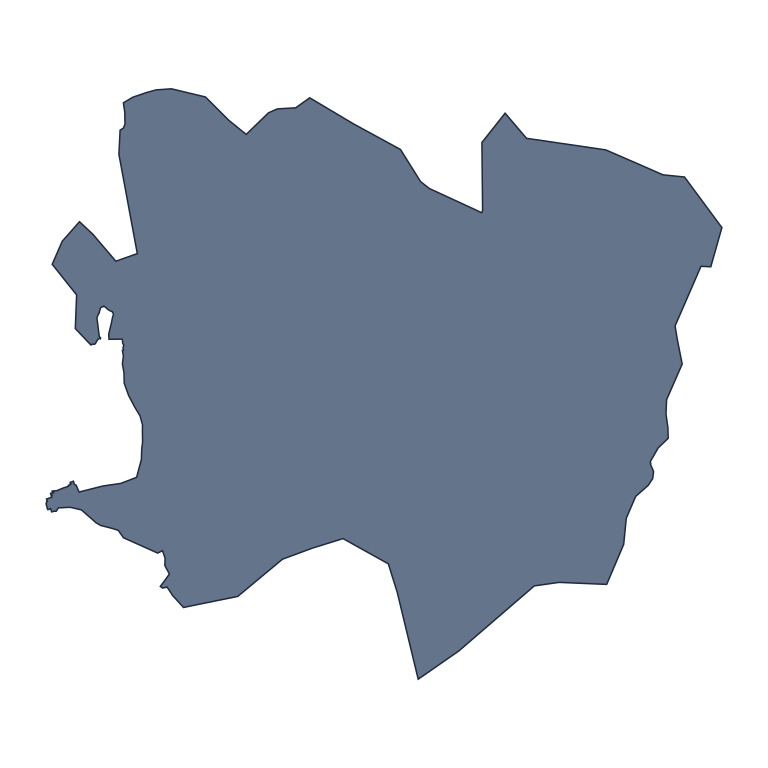 Mafa, Borno, Nigeria (orthographic projection)
{"feature_id": "59680162B20020413332718", "entity_name": "Mafa", "entity_type": "district", "adm_level": 2, "iso_a3": "NGA", "parent_name": "Nigeria", "parent_adm1": "Borno", "projection": "orthographic", "projection_center": [13.35, 11.959], "detail": "fine", "context": "isolated", "style": "filled", "palette": "slate", "viewbox_px": 768, "rotation_deg": 0, "n_neighbors": 0, "source": "geoboundaries", "source_scale": "gbopen_adm2", "svg_char_len": 2732}
<svg xmlns="http://www.w3.org/2000/svg" viewBox="0 0 768 768"><path d="M721.9,227.6L684.5,177.0L662.9,174.8L642.1,165.7L605.8,149.9L526.5,138.3L505.1,113.2L481.9,142.5L482.6,210.6L481.7,212.7L429.3,188.5L420.6,181.6L400.5,149.5L353.2,123.7L309.7,97.8L295.7,107.8L277.3,108.9L268.5,112.8L246.2,134.4L228.9,120.4L205.5,97.0L171.5,88.8L156.0,89.9L146.3,92.6L132.8,97.2L123.4,102.8L124.8,112.4L124.9,120.2L125.0,124.1L123.3,128.2L120.1,130.1L118.9,154.3L137.3,253.6L115.8,261.2L93.0,234.4L79.5,221.7L62.2,241.3L52.2,264.3L76.6,294.9L75.3,328.6L90.9,345.0L92.7,344.1L94.2,344.3L95.4,343.7L96.2,342.1L97.1,340.6L98.0,339.3L99.2,338.5L100.3,338.9L100.6,337.9L99.3,336.5L96.9,317.8L98.4,314.2L99.2,313.1L99.7,310.6L100.8,307.5L101.8,307.1L102.2,307.0L102.5,306.8L102.9,306.6L103.5,306.6L103.9,306.1L106.0,307.7L107.9,309.5L109.9,310.7L112.5,311.9L113.5,314.4L112.5,317.4L111.4,323.0L108.7,334.2L109.0,339.3L122.0,339.1L122.7,341.6L122.6,343.0L123.4,344.5L123.9,345.3L123.3,346.5L123.0,348.0L123.6,350.0L122.4,350.4L123.4,356.0L122.4,363.9L124.0,372.9L124.2,383.2L128.7,395.7L134.7,407.0L135.5,408.4L140.0,415.8L140.6,417.9L142.5,424.9L142.4,431.6L142.6,441.9L141.7,449.0L141.4,459.4L136.6,477.3L120.8,483.4L102.9,486.0L79.1,492.0L76.1,485.1L74.4,484.4L73.8,482.5L73.4,481.2L72.1,481.7L70.4,482.3L70.2,482.4L70.9,483.9L70.0,484.1L70.2,484.6L68.4,485.3L68.4,486.3L66.4,487.0L63.2,488.0L61.6,488.7L60.7,489.0L59.2,489.7L58.4,489.9L57.8,490.3L57.2,490.5L56.7,490.7L55.8,490.8L55.5,490.8L54.4,490.8L53.8,490.9L52.1,491.1L52.2,491.6L52.4,492.1L53.3,491.9L53.6,492.6L51.4,493.2L50.6,493.3L50.7,494.1L51.2,494.0L51.3,494.0L51.7,494.7L52.0,495.3L51.7,495.4L51.2,495.7L51.5,496.4L51.8,497.1L51.1,497.3L50.4,497.7L49.5,498.0L47.4,498.7L46.5,499.0L46.8,499.9L47.0,500.3L47.2,500.7L47.3,501.0L46.7,501.2L46.9,501.6L46.8,502.4L46.5,502.7L46.1,503.3L46.3,504.5L46.4,505.5L47.0,506.4L47.0,507.1L47.0,507.7L47.1,507.9L47.2,508.5L48.0,509.7L49.4,509.1L50.5,508.7L51.1,510.2L51.7,511.9L53.9,511.3L56.3,511.2L58.4,507.9L70.2,507.3L81.4,509.9L87.4,515.2L96.0,522.7L100.7,525.5L109.4,527.7L114.5,529.1L118.3,530.4L123.5,537.8L157.7,553.1L162.5,550.7L164.5,556.5L165.1,558.5L164.8,565.5L169.4,574.0L164.6,580.7L160.3,586.4L162.5,588.1L167.1,587.1L172.6,595.5L183.5,607.5L197.4,604.6L237.8,596.4L263.6,574.9L282.5,559.2L312.5,548.1L343.0,538.6L385.4,562.2L388.3,563.8L397.2,592.2L418.2,679.2L458.9,650.9L534.3,585.9L559.1,582.4L606.7,584.4L623.7,544.4L626.3,518.2L635.7,496.4L648.2,485.4L652.7,478.6L653.6,471.6L650.5,464.3L650.8,463.4L650.3,462.4L650.8,460.7L652.2,458.3L658.2,447.9L668.2,438.3L667.9,427.6L666.0,414.1L666.6,399.7L682.2,364.1L677.3,339.4L675.1,325.9L701.0,266.3L710.8,266.8L721.9,227.6Z" fill="#64748b" stroke="#1e293b" stroke-width="1.5"/></svg>